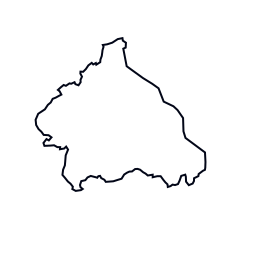 outline of Agros, Nicosia, Cyprus, rotated 25°
{"feature_id": "46923920B12968995104077", "entity_name": "Agros", "entity_type": "district", "adm_level": 2, "iso_a3": "CYP", "parent_name": "Cyprus", "parent_adm1": "Nicosia", "projection": "robinson", "projection_center": [33.017, 34.919], "detail": "fine", "context": "isolated", "style": "outline", "palette": "ink", "viewbox_px": 256, "rotation_deg": 25, "n_neighbors": 0, "source": "geoboundaries", "source_scale": "gbopen_adm2", "svg_char_len": 1832}
<svg xmlns="http://www.w3.org/2000/svg" viewBox="0 0 256 256"><g transform="rotate(25 128 128)"><path d="M127.9,77.3L120.4,76.4L100.7,72.6L90.2,58.1L91.9,56.1L90.1,51.6L86.4,51.0L85.0,48.9L83.1,50.3L81.1,51.8L77.7,57.3L73.7,61.0L70.1,63.4L71.5,64.7L72.0,68.2L72.8,70.6L73.8,73.9L74.1,77.6L75.0,80.1L72.5,84.0L71.4,82.7L69.6,85.1L67.6,84.3L65.6,88.0L64.9,92.4L63.6,96.0L61.1,97.0L61.8,98.8L64.6,100.9L64.6,104.4L65.7,106.5L65.1,110.2L61.8,110.5L60.2,109.1L57.8,111.9L56.1,112.3L53.9,116.0L51.5,116.2L50.0,119.3L48.4,123.1L50.5,123.6L53.5,125.9L51.8,128.1L49.6,131.1L47.4,133.4L47.2,137.5L45.6,140.9L44.8,146.2L40.6,153.0L40.8,159.6L43.5,164.1L47.4,166.8L51.3,168.1L54.5,169.9L59.1,168.1L62.6,168.8L61.5,172.7L58.8,172.5L57.7,177.3L59.5,179.2L59.8,179.5L65.0,176.8L68.3,174.9L72.1,175.2L74.6,174.0L75.3,176.0L78.8,173.6L79.8,171.0L82.8,172.9L83.1,179.1L85.3,185.0L86.6,188.6L86.8,193.2L88.4,198.2L91.7,199.7L96.1,201.9L99.5,202.8L102.8,204.5L103.4,206.9L103.9,206.9L107.2,207.1L111.6,204.2L112.7,202.4L110.1,201.8L108.6,200.0L108.1,195.9L111.4,193.3L112.2,189.9L114.5,187.2L120.4,186.1L121.1,186.1L121.5,184.2L122.9,183.2L124.9,184.7L128.5,184.9L130.6,186.2L133.3,184.7L137.2,182.5L140.7,179.3L143.6,176.7L144.2,171.8L146.0,168.9L147.7,166.9L150.0,165.7L151.8,162.2L154.0,161.0L156.6,160.7L160.4,161.7L163.2,161.9L166.0,162.7L170.1,159.9L171.2,162.2L174.9,159.3L178.0,157.9L182.2,160.2L184.9,161.5L186.5,162.0L187.6,162.4L189.0,164.6L191.1,162.7L192.3,160.5L194.8,159.8L197.0,157.7L197.0,153.9L196.5,148.9L199.6,146.1L201.0,147.7L203.3,152.1L207.3,154.1L210.1,151.0L210.2,148.2L209.1,145.6L212.1,141.9L211.5,139.8L214.0,135.1L215.4,133.4L214.8,131.3L212.6,126.1L208.1,117.6L184.3,112.7L179.7,107.6L173.7,95.7L165.3,90.8L160.0,89.1L149.2,89.0L138.9,79.1L131.3,77.7L127.9,77.3Z" fill="none" stroke="#020617" stroke-width="2"/></g></svg>